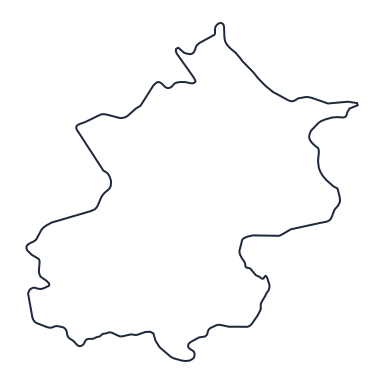 Beijing, Albers equal-area conic projection
{"feature_id": "CHN-1155", "entity_name": "Beijing", "entity_type": "Municipality", "adm_level": 1, "iso_a3": "CHN", "parent_name": "China", "parent_adm1": "", "projection": "albers", "projection_center": [116.383, 40.244], "detail": "fine", "context": "isolated", "style": "outline", "palette": "slate", "viewbox_px": 384, "rotation_deg": 0, "n_neighbors": 0, "source": "natural_earth", "source_scale": "10m", "svg_char_len": 4433}
<svg xmlns="http://www.w3.org/2000/svg" viewBox="0 0 384 384"><path d="M337.5,188.5L339.6,196.6L340.0,200.3L339.9,201.7L339.4,203.0L338.7,204.5L338.1,205.6L335.0,209.1L334.5,209.8L333.9,211.2L332.0,216.3L331.2,218.1L330.4,219.3L329.7,220.0L328.9,220.6L326.9,221.6L318.9,223.2L290.9,229.3L281.4,234.8L279.8,235.5L278.6,235.8L253.1,235.4L247.5,236.6L244.2,238.0L242.7,239.2L241.9,240.6L241.4,243.2L239.8,249.3L239.5,250.6L239.5,251.8L239.6,253.1L240.3,255.2L241.7,257.9L244.6,262.1L245.1,263.7L245.5,266.4L246.0,267.2L246.9,267.7L249.3,268.2L250.3,268.7L251.1,269.4L252.3,271.1L253.7,272.6L255.4,274.7L255.9,275.2L256.7,275.6L258.8,276.5L259.8,277.1L261.4,278.3L262.2,278.7L263.5,278.6L264.1,277.4L265.1,276.1L265.7,275.9L266.3,276.4L266.9,277.3L267.3,278.2L269.4,284.8L269.5,286.3L269.3,288.1L268.4,290.7L267.0,292.4L265.7,294.7L265.6,295.3L261.7,301.9L261.1,303.2L260.8,304.0L260.7,306.4L260.7,307.4L260.9,309.0L257.8,315.2L252.3,323.2L250.8,325.0L250.0,325.6L247.7,326.8L228.8,326.7L220.9,325.0L218.7,324.8L217.1,325.0L210.6,327.9L209.7,328.6L208.7,329.7L208.3,330.5L207.9,331.3L207.2,334.3L206.3,335.5L204.7,336.6L199.1,337.4L191.2,341.7L189.7,342.8L188.6,343.9L188.2,345.1L188.1,346.2L188.4,347.2L188.8,347.9L189.1,348.3L189.3,348.4L193.4,351.2L194.0,352.0L194.4,353.0L194.6,354.3L194.5,355.5L194.2,356.8L193.6,358.1L191.7,359.5L189.5,360.6L185.7,361.0L181.8,360.6L173.6,358.3L170.6,356.7L159.6,347.2L155.6,340.9L153.3,333.3L151.9,332.7L150.9,332.0L149.2,331.8L145.3,332.0L137.0,334.9L135.8,335.0L132.0,334.5L130.8,334.4L122.0,336.4L120.8,336.4L119.3,336.2L112.3,332.9L110.4,332.4L109.2,332.4L108.1,332.6L106.1,333.4L103.0,333.8L102.4,334.1L101.7,334.7L100.5,335.9L100.0,336.3L99.2,336.6L98.2,336.7L96.1,337.4L93.3,338.7L92.1,338.9L88.1,338.9L87.1,339.2L86.2,339.8L85.5,340.6L83.9,343.6L83.3,344.5L82.5,345.1L81.7,345.7L80.6,346.0L79.6,346.2L78.3,345.8L77.0,344.8L73.8,341.3L71.8,339.8L69.9,338.7L68.6,337.6L68.0,336.6L67.3,335.0L66.7,331.8L66.3,330.4L65.6,329.3L64.2,327.9L62.9,327.2L57.4,326.1L56.2,326.1L55.0,326.3L52.0,327.5L50.9,327.7L49.5,327.7L47.0,327.1L36.7,323.1L35.7,322.5L34.5,321.5L33.8,320.5L33.2,319.6L32.4,317.6L28.4,295.2L28.2,294.8L28.2,294.0L28.3,292.8L29.1,290.9L29.8,289.7L30.7,288.9L32.5,288.0L33.5,287.7L34.7,287.7L38.4,288.8L40.7,289.0L43.1,288.5L48.8,285.9L49.3,284.6L48.8,283.2L46.6,280.9L40.5,276.6L39.5,274.3L39.0,272.6L38.9,271.1L39.6,261.8L39.5,261.0L39.4,260.3L39.1,259.5L38.3,258.7L31.6,254.7L27.3,250.4L26.7,249.1L26.5,248.4L26.4,247.6L26.5,246.7L27.0,245.6L27.9,244.5L30.6,242.9L31.3,242.5L32.3,242.2L34.1,241.2L35.8,239.9L36.7,238.7L41.3,230.0L42.3,228.8L43.8,227.3L46.6,225.3L51.8,222.5L90.8,211.1L94.8,209.3L96.4,207.7L97.7,205.6L100.8,198.3L102.5,195.2L104.6,192.8L109.2,188.9L110.7,186.1L111.1,181.4L110.0,177.5L108.7,174.8L107.2,173.0L105.8,172.0L103.3,170.6L103.1,170.2L76.7,129.5L76.3,128.4L76.2,127.3L76.6,126.1L77.7,125.0L79.9,123.9L84.9,122.2L100.1,114.8L102.3,114.2L103.6,114.2L106.4,114.5L119.3,117.9L121.1,118.1L124.4,117.5L126.4,116.7L127.8,115.7L135.9,108.5L139.2,106.5L140.4,105.7L141.0,105.0L153.3,85.6L156.3,82.6L157.8,82.1L159.1,82.1L160.2,82.6L161.1,83.1L162.0,83.8L164.9,86.7L165.7,87.3L166.7,87.8L167.9,88.1L169.0,88.0L170.2,87.6L171.2,87.0L172.4,86.0L173.9,84.2L174.7,83.5L175.6,83.0L176.6,82.6L180.1,82.0L185.3,82.1L190.4,83.2L191.9,83.4L193.6,83.1L194.8,82.4L195.5,81.5L194.9,79.7L193.3,76.9L176.9,53.8L175.9,51.5L175.9,49.6L176.2,48.7L178.4,47.8L184.0,52.7L186.7,53.6L190.0,54.2L192.5,53.5L193.8,52.2L194.5,51.0L196.0,47.0L197.0,45.1L199.4,43.0L214.4,34.8L214.8,34.0L215.0,33.0L215.0,28.7L215.6,26.6L217.1,24.6L218.5,23.6L219.8,23.1L220.9,23.0L222.4,23.5L223.4,24.6L224.0,26.5L224.4,36.8L224.9,40.4L225.1,40.9L226.0,43.1L226.5,44.0L227.8,45.6L230.6,48.6L235.5,52.6L240.8,58.9L241.9,60.6L242.6,61.4L253.5,72.5L258.0,78.2L265.2,85.6L273.0,92.0L288.9,100.6L291.2,101.3L293.6,101.0L295.5,100.1L298.1,98.4L306.0,97.0L307.4,97.0L311.3,97.7L328.0,103.5L347.9,101.7L357.1,103.1L357.6,105.3L349.6,108.5L348.4,110.3L347.2,112.6L346.8,114.6L345.5,116.8L343.5,117.5L337.1,117.1L332.1,117.5L324.8,119.6L321.2,121.1L318.6,122.8L311.3,130.4L310.1,132.7L309.4,135.1L309.2,136.8L309.2,137.5L309.3,138.2L309.8,139.6L311.2,141.9L313.4,144.3L315.5,146.2L317.1,147.2L318.0,148.0L318.4,148.8L318.8,150.5L318.8,153.3L318.1,159.9L318.1,161.6L318.6,166.4L319.1,168.6L320.3,171.6L322.4,175.3L323.6,176.9L326.3,180.0L333.3,186.3L337.5,188.5Z" fill="none" stroke="#1e293b" stroke-width="2"/></svg>